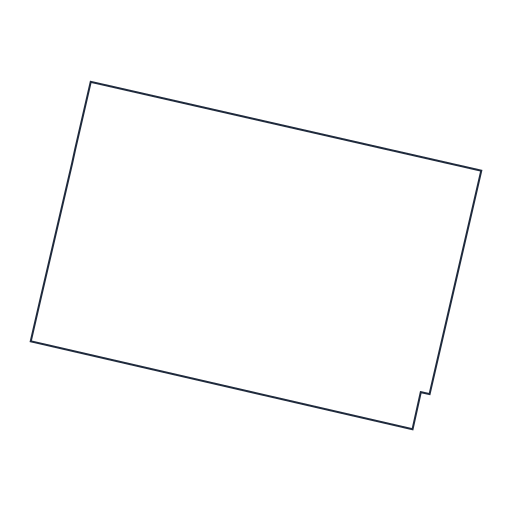 the district of Phillips, Colorado, United States of America, rotated 193°
{"feature_id": "52423323B64261587402804", "entity_name": "Phillips", "entity_type": "district", "adm_level": 2, "iso_a3": "USA", "parent_name": "United States of America", "parent_adm1": "Colorado", "projection": "mercator", "projection_center": [-102.294, 40.594], "detail": "fine", "context": "isolated", "style": "outline", "palette": "slate", "viewbox_px": 512, "rotation_deg": 193, "n_neighbors": 0, "source": "geoboundaries", "source_scale": "gbopen_adm2", "svg_char_len": 282}
<svg xmlns="http://www.w3.org/2000/svg" viewBox="0 0 512 512"><g transform="rotate(193 256 256)"><path d="M456.3,167.1L456.3,122.2L64.5,122.4L64.8,160.4L55.8,160.5L55.7,389.8L456.2,388.5L456.2,319.7L456.0,304.5L456.3,167.1Z" fill="none" stroke="#1e293b" stroke-width="2"/></g></svg>